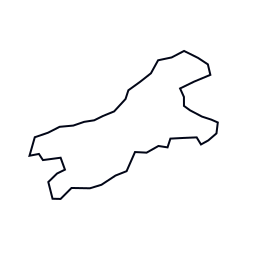 outline of Kapedes, Nicosia, Cyprus, rotated 198°
{"feature_id": "46923920B21212315805199", "entity_name": "Kapedes", "entity_type": "district", "adm_level": 2, "iso_a3": "CYP", "parent_name": "Cyprus", "parent_adm1": "Nicosia", "projection": "equal_earth", "projection_center": [33.253, 34.968], "detail": "fine", "context": "isolated", "style": "outline", "palette": "ink", "viewbox_px": 256, "rotation_deg": 198, "n_neighbors": 0, "source": "geoboundaries", "source_scale": "gbopen_adm2", "svg_char_len": 741}
<svg xmlns="http://www.w3.org/2000/svg" viewBox="0 0 256 256"><g transform="rotate(198 128 128)"><path d="M213.8,90.4L213.1,71.2L204.7,75.8L199.0,71.2L182.9,78.9L175.1,68.9L181.4,62.8L187.1,52.0L177.9,37.4L170.2,39.7L163.2,53.5L145.6,58.9L135.7,65.8L125.2,78.9L116.0,86.5L113.9,107.3L102.7,110.3L93.5,120.3L84.4,121.8L84.4,131.0L72.4,135.6L59.8,140.3L53.5,134.9L47.8,141.0L42.2,150.2L44.3,161.0L51.3,161.7L61.2,161.7L74.5,164.0L81.6,166.3L84.4,174.8L90.7,181.7L79.5,192.5L66.1,204.0L71.7,213.2L83.0,216.3L98.5,218.6L108.3,208.6L120.3,201.7L123.1,187.1L130.8,175.6L139.3,164.0L139.3,154.8L146.3,139.5L155.4,131.8L162.5,124.9L171.6,120.3L180.8,113.4L193.4,108.0L202.6,98.8L213.8,90.4Z" fill="none" stroke="#020617" stroke-width="2"/></g></svg>